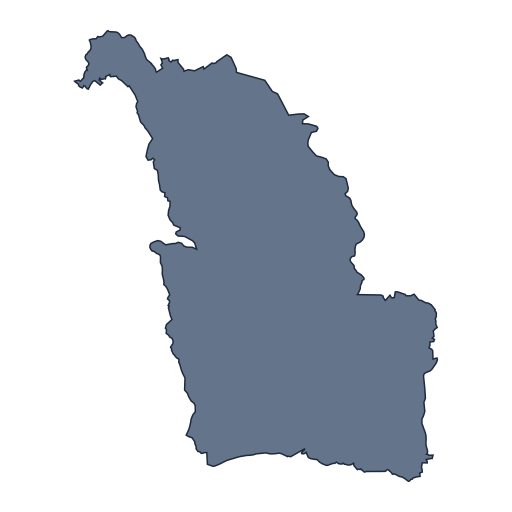 Coacoatzintla, Veracruz, Mexico
{"feature_id": "50627088B62702999552661", "entity_name": "Coacoatzintla", "entity_type": "district", "adm_level": 2, "iso_a3": "MEX", "parent_name": "Mexico", "parent_adm1": "Veracruz", "projection": "mercator", "projection_center": [-96.952, 19.681], "detail": "fine", "context": "isolated", "style": "filled", "palette": "slate", "viewbox_px": 512, "rotation_deg": 0, "n_neighbors": 0, "source": "geoboundaries", "source_scale": "gbopen_adm2", "svg_char_len": 5950}
<svg xmlns="http://www.w3.org/2000/svg" viewBox="0 0 512 512"><path d="M226.8,54.8L216.9,61.6L216.0,62.8L214.5,63.3L212.4,63.5L212.0,63.0L204.0,69.0L203.2,66.6L194.6,70.8L188.2,69.7L184.0,71.3L183.6,69.3L178.0,62.5L178.0,59.6L174.9,60.2L174.7,60.5L173.4,60.6L172.9,60.1L171.0,62.0L169.7,61.2L168.8,60.2L169.1,59.6L168.3,57.8L162.9,59.1L160.9,58.4L162.0,61.3L162.3,63.3L161.9,63.5L160.9,64.9L162.7,68.2L156.4,72.2L155.9,71.5L155.5,69.1L153.4,66.0L151.3,63.9L151.5,63.6L146.5,59.4L144.7,54.8L144.5,53.5L143.8,52.5L142.4,49.4L139.5,46.0L138.5,43.9L136.2,40.8L135.4,38.5L134.8,37.9L134.7,37.4L131.1,35.1L128.8,34.9L126.6,35.9L124.7,37.5L121.6,37.6L119.6,34.3L117.6,32.5L115.8,32.0L109.9,31.7L108.7,31.3L108.0,30.7L107.2,31.0L102.7,36.2L99.2,37.0L97.8,36.5L96.1,38.8L92.5,38.9L89.9,39.6L89.3,40.1L90.3,42.2L91.1,46.5L90.8,48.9L89.6,51.0L88.6,51.6L86.8,54.3L85.9,54.7L85.1,57.1L85.6,59.0L86.2,59.9L88.0,61.8L89.0,63.8L87.8,66.1L87.0,66.5L86.4,67.5L87.2,70.1L86.5,69.8L84.7,72.3L84.1,74.2L83.6,78.2L82.8,78.6L80.6,81.2L80.2,81.3L78.9,80.0L74.6,81.2L75.7,82.3L78.1,83.8L78.8,85.8L80.2,87.1L82.5,88.0L83.9,85.6L85.0,86.0L85.1,86.4L87.1,88.8L88.4,89.1L88.5,88.1L89.2,87.6L90.1,85.4L92.2,82.4L92.5,81.6L94.7,80.6L100.3,85.1L101.8,83.5L102.7,82.9L99.1,80.0L99.7,78.1L101.0,79.5L105.1,78.6L105.4,78.8L105.8,77.6L105.6,76.6L109.8,74.5L110.1,76.3L110.6,76.7L116.4,76.2L118.3,78.8L121.7,80.7L128.0,86.7L129.1,85.8L135.0,94.8L137.7,101.4L137.6,101.9L136.6,103.5L136.0,106.8L137.5,111.0L137.1,112.9L138.4,114.5L140.6,122.0L144.0,125.5L145.2,128.1L146.5,129.4L148.5,132.1L152.6,138.6L148.9,144.2L147.3,150.1L146.0,156.6L148.1,160.2L151.2,159.7L152.8,158.2L154.6,159.9L153.3,161.8L154.3,168.6L157.3,170.2L158.2,174.3L158.5,180.2L159.5,184.6L160.3,190.2L162.1,191.9L165.0,192.8L164.6,196.5L167.5,197.8L167.9,200.8L170.0,201.3L170.0,206.1L168.6,210.5L168.1,215.2L170.0,219.8L172.7,222.7L173.7,225.1L180.3,227.8L180.1,229.9L176.2,232.0L175.7,233.9L178.0,236.0L184.5,236.4L192.5,240.7L194.6,242.8L196.6,249.2L192.1,247.2L186.9,247.2L183.7,245.9L181.6,243.3L178.2,242.3L175.5,243.5L172.3,243.6L165.6,244.8L160.6,241.2L157.7,240.6L153.9,241.9L150.9,243.5L150.0,245.2L149.9,247.4L150.6,249.1L152.2,251.1L153.7,251.2L156.8,253.5L158.5,254.1L160.1,255.3L160.5,256.7L160.4,262.5L162.1,266.2L162.4,269.9L162.2,274.0L163.5,279.2L164.0,282.2L163.8,284.3L164.3,285.2L165.6,286.0L167.5,289.2L169.7,294.7L167.9,297.6L167.5,298.9L169.4,300.6L169.6,302.1L168.1,305.6L169.2,306.2L168.4,307.7L170.4,315.7L171.9,319.5L166.5,324.5L165.4,328.2L166.5,329.5L166.2,333.4L169.0,335.4L169.4,336.8L172.0,338.4L173.1,340.8L172.9,343.6L170.9,346.5L170.6,347.5L171.6,348.4L171.5,350.2L173.4,354.2L174.6,355.1L175.4,356.6L177.2,358.3L178.7,358.9L178.9,360.4L178.8,362.4L179.8,364.5L181.4,370.1L182.8,373.7L185.0,377.9L184.6,390.1L187.3,393.1L188.8,396.9L191.1,400.9L194.0,403.2L195.2,405.7L195.3,411.7L192.8,414.9L191.2,418.9L190.4,423.7L189.1,428.8L186.2,435.2L188.9,436.7L192.1,437.8L194.8,441.8L194.9,443.7L196.2,446.7L196.1,448.8L197.9,451.4L200.0,452.0L201.2,453.3L202.7,453.3L204.4,452.6L206.8,452.6L207.4,464.3L212.8,466.2L213.6,466.3L215.0,465.9L219.1,464.3L226.9,460.4L239.3,456.7L246.8,455.4L249.7,455.3L253.9,454.7L255.8,453.9L264.6,453.0L266.6,453.0L269.3,453.7L271.5,453.9L276.1,453.6L279.0,453.1L281.5,453.7L287.5,456.6L287.8,456.2L290.7,456.7L304.4,448.9L304.6,449.4L301.4,452.8L301.9,453.7L303.6,453.8L305.0,453.3L306.2,452.4L308.0,456.9L308.9,457.8L310.9,458.7L315.6,459.5L316.8,459.4L319.8,462.3L322.6,463.9L326.1,465.3L327.3,465.4L333.0,463.4L334.8,463.4L336.3,462.1L338.9,463.8L339.5,463.7L340.8,464.1L342.6,463.8L342.9,463.3L343.6,463.3L344.3,464.2L345.9,464.4L347.2,464.9L350.0,465.0L352.0,464.2L353.4,463.1L353.7,463.4L353.8,465.3L356.7,469.0L357.5,469.6L357.8,469.2L360.3,469.4L360.9,468.9L361.5,469.8L362.1,470.1L364.1,471.9L364.8,472.1L366.2,471.5L384.7,471.4L385.8,471.1L386.6,470.0L387.9,469.6L391.5,472.7L392.4,474.2L394.9,474.1L399.3,476.4L402.3,477.1L404.4,478.3L408.4,481.3L409.5,481.0L410.9,479.4L412.4,479.1L412.9,478.1L416.6,476.9L420.1,476.4L419.7,473.0L422.3,472.1L422.0,468.7L421.6,468.2L421.5,467.1L422.3,462.8L427.2,462.9L427.2,461.4L426.2,459.5L431.1,458.5L432.2,458.5L433.0,455.1L428.9,455.3L427.9,454.4L426.5,454.2L427.3,453.1L427.6,451.5L427.0,448.7L426.2,446.3L425.9,443.3L426.1,439.5L426.0,436.2L425.5,433.4L421.9,423.4L421.9,419.2L423.6,415.5L424.8,411.4L423.9,402.3L425.4,398.3L424.7,387.6L423.5,375.8L424.2,373.7L426.5,372.3L429.8,371.1L431.9,369.3L436.1,363.2L437.1,360.9L437.4,359.1L437.0,358.0L433.0,359.0L432.7,350.8L431.7,349.3L429.1,347.9L430.0,345.0L429.9,342.0L433.7,341.6L434.5,339.4L432.2,338.1L434.0,336.4L433.3,330.9L435.5,328.7L437.2,327.5L435.8,324.2L435.9,321.1L435.3,318.7L436.2,316.9L436.4,313.3L436.0,312.1L435.7,311.9L434.8,310.2L435.1,309.7L431.3,304.8L428.3,303.1L425.7,302.8L421.3,300.4L418.9,300.1L414.1,294.2L410.6,295.8L406.1,295.8L405.3,294.5L397.7,291.9L395.3,291.8L394.2,297.7L391.5,297.8L390.0,295.2L385.3,300.5L383.2,297.4L383.1,296.1L381.1,295.0L357.4,294.6L358.6,292.7L360.2,288.9L360.5,285.4L361.8,282.7L362.1,280.7L364.0,279.3L363.9,277.9L361.3,274.9L357.0,272.2L356.0,270.4L354.3,268.4L354.0,265.5L351.1,262.3L350.0,260.2L350.6,258.1L352.1,256.5L354.4,256.0L354.9,255.0L355.1,251.4L354.9,249.5L355.4,246.3L356.2,244.1L360.2,242.0L362.3,240.1L363.9,237.6L364.4,234.5L363.7,231.7L360.4,226.4L358.4,222.0L356.8,219.9L355.2,218.7L355.1,217.2L356.6,215.4L357.2,214.0L356.8,212.3L353.5,208.0L351.7,204.9L350.9,200.5L349.8,198.2L345.8,195.7L345.1,193.7L347.6,191.5L348.3,188.2L346.0,178.6L343.2,176.7L338.9,176.5L334.2,174.6L329.8,169.6L328.3,166.0L328.2,162.0L326.2,158.9L321.5,157.2L316.4,155.9L312.7,151.9L308.2,146.3L307.8,143.0L308.3,139.9L311.4,132.5L316.5,131.2L317.9,128.5L317.3,127.0L316.1,126.1L308.3,123.9L302.5,123.7L302.8,120.0L308.4,116.5L304.1,113.9L298.8,114.0L288.7,115.2L277.6,93.9L272.3,91.4L264.8,80.3L236.5,72.4L236.2,68.6L231.1,57.4L226.8,54.8Z" fill="#64748b" stroke="#1e293b" stroke-width="1.5"/></svg>